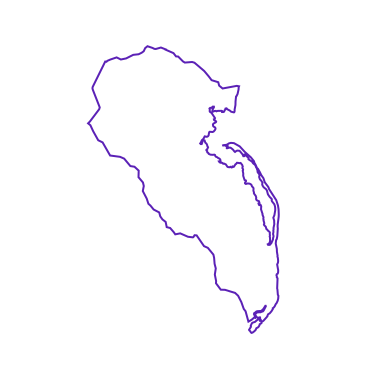 the district of Utwe, Kosrae, Federated States of Micronesia, rotated 252°
{"feature_id": "79324940B42296922872793", "entity_name": "Utwe", "entity_type": "district", "adm_level": 2, "iso_a3": "FSM", "parent_name": "Federated States of Micronesia", "parent_adm1": "Kosrae", "projection": "orthographic", "projection_center": [162.945, 5.291], "detail": "fine", "context": "isolated", "style": "outline", "palette": "violet", "viewbox_px": 384, "rotation_deg": 252, "n_neighbors": 0, "source": "geoboundaries", "source_scale": "gbopen_adm2", "svg_char_len": 6068}
<svg xmlns="http://www.w3.org/2000/svg" viewBox="0 0 384 384"><g transform="rotate(252 192 192)"><path d="M289.4,114.4L286.9,116.0L280.3,116.8L270.2,118.8L266.8,122.3L252.0,125.4L247.7,134.4L244.7,137.8L235.7,141.4L233.8,145.1L228.8,147.9L222.6,145.7L216.2,148.3L212.6,148.0L208.1,145.5L199.7,146.9L194.3,146.9L191.9,148.3L187.2,150.1L182.7,154.5L178.6,154.3L175.1,155.4L171.7,157.7L166.4,157.1L164.5,160.1L159.5,162.2L156.9,163.0L156.3,168.0L150.7,174.3L148.6,178.8L148.7,179.4L150.1,181.1L149.3,183.0L136.8,186.7L134.0,189.8L125.8,193.0L122.6,192.7L116.7,191.3L112.0,191.0L106.4,188.2L99.8,187.4L97.8,186.6L90.2,189.2L88.8,193.1L82.7,201.8L79.1,203.8L72.1,204.9L64.8,205.1L62.0,206.1L51.3,205.6L52.1,209.3L53.4,212.4L52.9,213.1L54.0,213.5L56.8,213.2L57.6,213.8L57.7,214.5L58.4,216.1L58.5,217.1L57.4,221.6L57.9,222.0L58.7,223.7L61.1,226.6L61.0,226.9L60.5,226.9L57.1,223.5L57.0,223.1L56.6,222.7L56.5,219.7L57.0,218.3L57.3,216.3L56.4,214.4L55.1,214.3L53.4,214.7L52.9,215.1L52.3,215.2L51.5,216.3L52.0,217.1L51.8,217.9L51.3,217.9L50.6,217.4L49.5,217.9L48.7,217.9L48.3,217.6L48.4,216.9L50.1,216.7L50.5,216.0L50.0,214.1L49.0,211.8L49.0,209.4L48.7,208.4L46.6,206.5L45.6,206.4L43.3,203.7L42.8,203.7L41.5,204.4L40.3,204.6L39.6,205.1L39.6,206.2L40.2,208.0L41.0,209.7L42.6,211.2L42.8,212.7L43.3,213.8L44.4,215.0L45.3,215.5L45.8,217.5L46.8,217.9L47.5,220.2L49.8,224.2L50.6,225.4L51.0,225.5L52.2,226.6L52.6,228.4L54.0,230.7L55.7,232.7L56.5,232.9L56.7,233.7L57.6,235.2L59.5,237.0L60.1,238.0L62.1,239.9L64.1,241.1L66.6,242.1L67.8,241.9L72.8,243.1L74.0,243.2L83.5,246.7L84.6,246.3L85.4,246.6L86.7,246.6L87.6,247.2L87.9,248.3L89.0,249.1L91.0,249.8L96.8,250.6L98.2,251.9L99.7,252.6L102.8,253.3L104.1,253.3L105.0,253.7L108.9,254.3L111.7,255.1L117.1,255.7L120.2,257.1L121.1,258.1L123.7,259.5L130.7,262.3L132.5,262.7L134.7,263.5L141.7,266.8L143.9,267.6L148.9,269.0L152.6,269.6L158.2,269.6L171.0,266.2L172.7,266.2L173.8,265.9L178.8,264.2L183.0,264.2L186.6,263.1L189.7,262.7L193.6,261.9L194.8,261.2L198.1,260.9L200.9,260.3L202.0,260.5L206.8,258.7L214.0,254.5L220.6,251.5L225.5,247.0L226.7,244.2L226.8,242.7L226.8,241.9L226.3,240.4L226.3,238.8L226.8,236.6L226.8,236.0L226.6,236.0L226.2,237.7L225.2,238.6L225.7,239.4L225.7,239.9L224.6,240.2L223.1,238.6L222.9,238.6L222.7,239.1L222.7,241.1L222.3,242.2L221.5,242.9L219.6,244.1L217.6,244.8L216.8,245.3L217.3,246.7L217.4,247.8L216.7,249.5L216.2,250.1L212.1,251.7L210.2,251.9L209.9,252.9L210.2,253.4L211.2,253.2L211.5,253.5L211.2,254.2L206.8,256.2L206.0,256.2L205.6,255.9L202.3,258.5L200.6,258.9L199.5,259.5L198.7,260.2L197.0,260.6L195.6,260.6L194.8,260.9L191.5,260.9L191.1,260.6L190.3,260.6L188.3,261.4L186.9,261.3L185.6,260.5L183.3,260.5L182.2,260.9L181.6,261.3L179.2,261.9L177.5,261.1L176.3,261.1L174.4,261.6L171.8,263.3L170.3,263.7L166.3,263.5L163.2,264.4L160.9,265.6L160.2,265.6L159.5,265.2L158.4,265.2L154.9,266.5L152.8,266.5L151.1,266.2L148.9,265.5L144.5,263.2L142.4,261.4L139.4,261.3L137.1,260.6L136.1,260.4L132.4,258.3L131.6,258.2L130.4,257.5L128.8,257.1L127.0,256.1L125.4,256.0L124.3,255.7L123.4,255.0L121.8,254.3L118.7,251.5L118.6,251.0L117.8,250.1L117.8,249.0L118.2,248.2L118.4,247.9L118.9,247.9L119.0,249.2L120.4,250.6L121.5,251.2L124.6,252.1L125.6,252.1L126.3,252.6L128.1,253.0L129.3,253.5L130.1,253.4L132.1,252.1L132.9,252.0L133.8,251.3L136.3,251.4L138.0,250.4L139.0,250.4L139.4,250.9L140.8,251.2L142.7,251.2L143.3,251.5L144.4,251.5L145.9,252.2L148.6,252.0L149.2,252.3L154.2,252.3L157.0,253.4L158.4,253.3L158.6,253.1L158.7,252.0L159.2,251.7L160.6,251.7L160.7,252.8L162.6,252.8L163.7,251.4L164.8,250.8L165.6,250.8L167.0,251.4L168.7,251.4L171.0,250.6L171.8,250.5L172.4,250.8L174.3,250.8L176.3,251.6L177.1,251.6L178.8,250.8L180.5,250.7L181.3,250.2L182.1,249.4L182.9,247.7L183.0,245.7L183.8,245.1L184.3,245.2L185.1,246.0L185.3,246.5L185.8,246.8L186.3,246.8L187.2,245.7L187.4,245.7L191.6,245.7L193.9,246.5L196.6,246.8L197.0,247.3L197.8,247.6L199.2,247.3L200.0,247.7L200.4,248.1L202.3,248.1L203.1,247.7L203.9,247.6L204.7,247.0L204.8,245.9L205.5,244.8L205.9,243.7L205.1,242.8L205.0,242.0L203.1,239.7L203.1,239.2L203.8,238.6L203.8,238.4L203.1,238.0L203.1,237.2L204.1,236.3L203.9,235.5L204.5,234.1L205.0,233.5L207.8,232.7L209.1,231.3L209.2,230.4L210.0,230.1L210.5,229.6L210.9,228.4L211.7,227.4L212.8,227.1L212.6,228.7L214.2,228.9L215.3,228.4L216.2,227.4L217.3,226.7L218.1,225.7L219.0,225.3L220.1,225.3L220.6,224.8L221.0,223.1L221.8,221.1L223.1,219.7L224.0,219.6L224.8,218.9L225.4,218.8L226.2,219.1L227.0,218.6L227.5,218.6L228.2,219.9L229.6,221.1L230.7,220.8L232.1,220.9L233.5,220.7L234.9,219.9L237.1,219.9L237.4,219.3L237.3,218.0L236.8,217.4L235.8,217.0L234.6,216.0L234.9,215.1L235.7,214.8L236.1,215.5L238.2,217.4L239.2,219.6L239.7,219.9L240.4,220.9L240.8,221.0L241.0,221.3L239.9,223.2L240.1,224.5L240.7,225.3L242.7,226.3L243.6,226.9L243.8,227.5L242.7,230.1L242.8,231.2L243.8,232.9L244.6,233.7L245.2,234.0L245.8,234.0L246.4,233.8L247.5,232.8L248.3,232.5L249.8,232.8L250.4,233.5L250.8,235.5L251.0,236.3L251.4,236.7L252.0,236.6L253.5,235.3L254.4,235.3L254.5,236.2L255.2,236.7L261.2,235.0L262.8,233.8L263.5,233.8L264.8,234.4L266.0,234.4L266.4,235.3L266.0,236.4L266.8,238.2L266.4,239.2L265.9,239.1L263.8,236.9L262.7,236.4L262.0,236.4L261.9,237.4L262.1,238.4L261.8,239.7L261.2,240.1L261.2,241.6L260.1,245.1L259.7,245.6L258.8,245.3L258.4,246.3L258.5,247.4L259.6,248.2L260.0,249.0L261.0,249.6L261.0,250.5L260.6,250.9L259.9,251.0L257.8,253.1L256.2,254.1L254.8,256.4L254.8,256.8L255.7,257.5L257.2,258.0L261.3,260.2L264.7,261.4L269.2,263.4L269.3,263.8L271.1,265.6L275.2,268.0L277.3,268.8L278.0,269.4L279.1,267.4L281.0,253.1L284.8,250.7L288.3,250.9L292.3,245.2L296.9,243.6L303.3,241.0L314.2,234.3L315.6,232.3L317.3,225.2L318.9,223.8L325.1,220.7L325.9,218.7L329.8,217.3L335.5,210.9L335.7,211.1L339.0,207.1L339.2,201.8L339.8,200.4L341.2,199.0L344.4,194.7L343.3,191.9L340.8,189.6L340.0,187.2L339.5,183.8L340.6,178.5L339.4,170.6L340.0,165.3L343.3,161.9L343.2,155.2L342.9,152.0L342.3,150.9L342.9,149.8L322.7,130.1L321.9,129.6L321.0,129.3L319.4,129.3L301.0,130.4L299.4,129.3L290.6,116.7L289.4,114.4Z" fill="none" stroke="#5b21b6" stroke-width="2"/></g></svg>